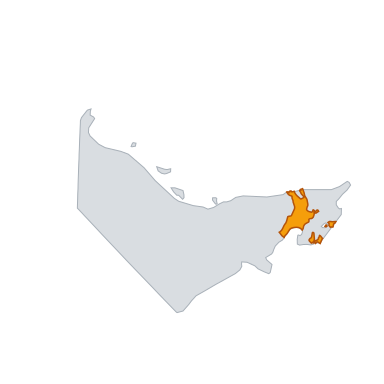 Sharjah on a map of United Arab Emirates (orthographic projection), rotated 38°
{"feature_id": "ARE-348", "entity_name": "Sharjah", "entity_type": "Emirate", "adm_level": 1, "iso_a3": "ARE", "parent_name": "United Arab Emirates", "parent_adm1": "", "projection": "orthographic", "projection_center": [55.908, 25.102], "detail": "fine", "context": "in_parent", "style": "filled", "palette": "amber", "viewbox_px": 384, "rotation_deg": 38, "n_neighbors": 0, "source": "natural_earth", "source_scale": "10m", "svg_char_len": 5212}
<svg xmlns="http://www.w3.org/2000/svg" viewBox="0 0 384 384"><g transform="rotate(38 192 192)"><path d="M319.9,113.0L323.5,117.9L324.1,151.3L324.9,153.6L323.0,154.0L320.8,156.5L318.3,160.5L314.9,162.5L312.1,164.8L309.5,167.6L307.1,168.2L304.1,164.6L302.0,160.9L302.5,160.2L304.0,159.9L304.5,158.0L303.6,155.2L301.6,154.2L299.0,154.1L296.5,155.3L293.9,157.8L292.4,160.4L292.2,165.6L292.8,171.6L292.8,174.4L291.4,178.0L290.9,183.3L291.9,187.3L292.8,189.7L292.9,191.8L290.4,198.3L292.6,199.5L299.7,199.9L301.8,204.3L303.2,207.3L302.8,209.1L297.8,210.5L291.4,211.9L286.9,211.5L278.6,213.5L274.2,216.5L275.5,218.4L277.0,219.9L277.7,223.9L276.4,229.6L274.0,235.2L271.1,242.1L267.7,250.0L263.0,261.9L259.1,271.3L258.6,278.1L258.7,282.5L258.2,291.3L254.5,296.2L253.6,296.3L249.2,295.7L247.7,295.5L243.5,294.9L236.9,294.0L228.4,292.8L218.3,291.3L207.1,289.7L195.0,288.0L182.6,286.2L170.2,284.3L158.2,282.5L147.0,280.8L137.0,279.2L128.5,277.9L122.0,276.9L117.8,276.2L116.3,276.0L111.6,275.3L109.1,271.9L106.2,267.9L103.2,263.9L100.3,259.8L97.3,255.8L94.3,251.7L91.4,247.7L88.4,243.6L85.5,239.6L82.6,235.5L79.6,231.5L76.7,227.4L73.7,223.3L70.8,219.3L67.9,215.2L65.0,211.2L62.1,207.1L60.1,204.4L59.1,201.4L59.1,193.5L59.2,191.8L61.3,188.7L62.2,191.0L64.4,194.1L68.3,193.5L70.1,194.1L71.1,205.0L73.8,208.9L77.2,210.6L89.0,211.8L96.3,210.5L110.9,203.8L118.5,201.4L139.3,202.4L156.0,205.7L182.1,207.9L187.2,207.5L201.3,202.0L210.0,197.0L215.1,195.7L218.6,190.8L220.9,184.5L222.9,180.4L225.4,178.5L227.9,175.0L229.8,169.3L234.7,163.6L254.1,149.8L265.4,138.0L266.5,134.2L272.6,128.5L277.5,122.2L300.4,104.3L304.9,96.9L307.6,88.6L307.9,88.0L309.9,87.7L312.7,88.9L313.0,95.1L312.0,101.0L311.9,107.2L311.5,110.6L313.6,113.3L317.2,114.5L318.8,114.4L319.9,113.0ZM319.0,138.1L319.4,135.5L318.8,134.1L316.4,134.0L315.5,136.2L315.1,139.5L316.8,139.7L319.0,138.1ZM189.2,201.4L189.1,203.5L183.5,202.8L182.0,203.9L177.4,203.2L172.9,201.6L176.0,199.2L184.0,196.4L187.3,199.1L189.2,201.4ZM156.4,196.0L152.3,196.2L148.6,193.8L156.5,190.9L158.6,189.6L160.9,186.8L162.7,189.3L160.6,193.1L159.2,194.7L156.4,196.0ZM219.0,185.7L218.5,186.9L217.0,186.8L213.1,185.7L211.8,183.9L214.3,181.9L215.4,181.8L216.9,184.0L219.0,185.7ZM116.9,193.3L116.0,193.7L115.1,190.4L115.2,189.4L117.8,188.0L119.2,190.7L116.9,193.3Z" fill="#d9dde1" stroke="#a8b0b8" stroke-width="1"/><path d="M302.3,154.1L300.1,153.8L298.0,154.3L296.0,155.5L295.8,155.7L294.2,157.2L292.6,159.3L292.0,161.2L292.5,165.8L292.5,167.0L292.2,169.2L292.3,170.3L292.6,171.0L292.1,171.1L289.8,171.1L285.5,170.0L285.8,169.3L285.9,168.9L286.0,168.2L286.1,167.4L286.1,166.4L285.8,164.5L285.2,161.9L285.0,160.1L285.0,158.7L284.9,158.3L284.7,157.5L284.1,155.8L283.2,153.8L282.7,152.4L283.1,151.7L283.3,151.5L283.5,151.2L284.2,150.6L284.5,150.2L284.7,149.8L284.8,149.5L284.8,149.1L283.2,142.4L282.6,141.2L281.7,140.2L277.8,137.6L277.4,137.1L277.0,136.7L276.6,136.4L274.8,135.4L274.3,134.9L273.7,134.1L273.4,133.8L272.9,133.9L271.1,134.5L269.5,134.6L266.7,133.8L266.6,133.7L267.4,132.9L267.9,132.7L268.7,132.7L268.5,132.0L268.5,131.2L268.9,130.6L269.5,130.2L270.0,130.7L271.2,129.8L272.1,128.5L273.4,129.3L275.0,129.9L276.9,130.3L281.6,130.6L281.9,130.5L282.2,130.3L282.7,129.4L283.5,127.4L283.2,127.1L282.7,126.8L279.4,126.2L278.8,126.0L277.9,125.4L277.4,125.2L276.5,125.0L275.9,124.5L276.0,124.1L276.6,123.6L275.9,123.2L276.3,122.5L277.0,121.5L277.1,121.3L277.3,121.4L280.8,123.6L282.5,125.0L283.1,125.5L287.0,127.0L288.0,127.8L290.5,130.0L291.2,130.8L291.7,131.6L292.0,133.1L292.6,134.4L293.0,135.1L293.4,135.4L293.9,135.6L294.6,135.6L295.4,135.6L296.1,135.4L296.5,135.3L297.2,134.9L297.9,134.7L298.4,134.5L298.7,134.3L298.8,133.9L298.9,133.5L298.8,133.0L298.7,132.4L298.4,131.7L298.5,131.5L298.7,131.3L299.7,131.3L300.6,132.7L301.3,131.1L301.5,129.7L301.7,129.1L302.1,128.9L302.5,128.8L303.7,129.3L302.7,132.3L302.2,132.6L302.0,132.8L301.8,133.1L301.7,133.5L301.7,133.8L302.4,135.3L303.0,137.1L303.0,137.5L302.8,138.8L302.3,139.6L301.5,140.2L301.0,141.1L301.0,141.4L301.0,141.7L301.2,142.0L302.0,142.7L302.2,143.2L302.4,143.6L302.4,143.9L302.1,144.4L300.9,147.3L300.8,148.1L300.8,148.8L300.9,149.8L301.1,150.4L302.0,152.2L302.3,153.5L302.3,154.1L302.3,154.1ZM312.6,149.2L313.3,149.3L313.6,149.6L317.5,153.8L318.5,156.1L318.5,156.6L318.8,157.6L317.9,157.5L317.5,158.8L314.8,158.4L314.3,158.2L313.8,157.8L313.6,157.1L313.6,155.9L313.9,155.3L314.0,154.9L314.0,154.4L313.8,153.7L313.0,152.0L312.0,150.2L311.9,149.8L312.0,149.5L312.6,149.2ZM324.7,153.7L321.7,154.0L321.4,154.3L321.1,154.6L321.0,156.6L320.7,156.6L319.9,156.3L319.1,155.3L319.6,153.6L319.9,153.3L320.2,152.9L320.4,152.1L320.5,151.5L320.4,151.1L320.2,150.9L320.0,150.6L319.9,150.2L319.9,149.3L319.7,148.9L319.5,148.4L319.3,148.1L319.3,147.9L319.3,147.6L319.8,147.5L320.3,147.5L323.2,148.2L323.5,148.2L323.5,148.9L324.7,153.7ZM322.7,134.6L320.5,134.1L319.5,132.5L317.9,132.3L318.0,131.9L318.2,131.3L318.5,130.6L319.1,130.1L321.1,128.9L323.3,126.8L323.6,126.7L323.8,128.4L323.7,128.8L323.3,129.6L323.3,130.1L323.9,131.1L324.1,131.7L324.4,132.1L324.5,132.6L324.6,132.9L323.1,134.0L322.7,134.6ZM318.6,135.3L319.4,135.9L319.1,136.9L318.0,137.3L317.8,135.7L318.1,135.3L318.6,135.3Z" fill="#f59e0b" stroke="#b45309" stroke-width="1.5"/></g></svg>